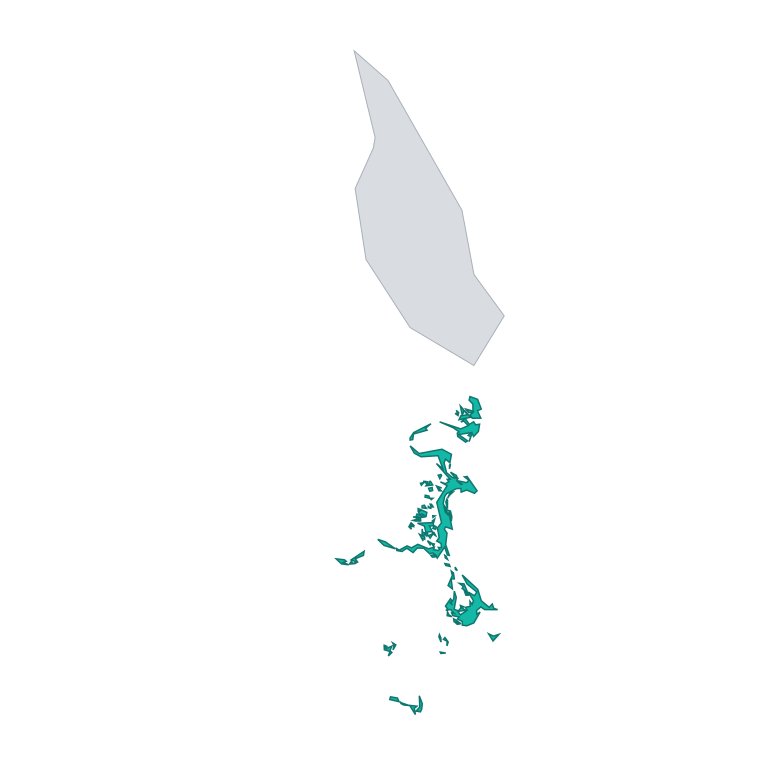 Rock Islands, Palau shown in context, rotated 321°
{"feature_id": "81905179B25065420091435", "entity_name": "Rock Islands", "entity_type": "district", "adm_level": 2, "iso_a3": "PLW", "parent_name": "Palau", "parent_adm1": "", "projection": "albers", "projection_center": [134.386, 7.235], "detail": "fine", "context": "in_parent", "style": "filled", "palette": "teal", "viewbox_px": 768, "rotation_deg": 321, "n_neighbors": 0, "source": "geoboundaries", "source_scale": "gbopen_adm2", "svg_char_len": 6426}
<svg xmlns="http://www.w3.org/2000/svg" viewBox="0 0 768 768"><g transform="rotate(321 384 384)"><path d="M520.3,406.7L465.5,426.2L439.8,356.6L448.4,275.9L484.6,213.9L524.1,194.0L532.2,186.9L570.5,106.3L578.1,150.7L553.9,298.1L522.8,355.5L520.3,406.7Z" fill="#d9dde1" stroke="#a8b0b8" stroke-width="1"/><path d="M380.9,473.7L376.4,487.0L374.7,478.8L375.4,499.7L373.1,497.9L373.0,500.7L368.9,500.1L366.2,495.5L369.1,502.7L350.5,509.2L341.4,528.0L334.9,529.5L330.2,538.1L326.1,539.2L328.0,543.8L325.6,547.4L323.4,545.2L323.1,547.5L321.4,547.5L318.3,543.9L320.4,542.5L314.9,540.0L309.4,529.9L302.2,528.6L300.0,524.3L291.3,522.7L290.2,519.7L289.2,521.5L292.6,525.5L298.4,526.0L300.5,533.3L306.6,532.4L311.5,536.6L312.7,544.9L315.5,545.8L316.6,549.7L315.8,552.8L328.5,548.9L325.6,556.8L326.9,558.3L330.9,547.6L339.2,539.5L339.5,534.8L342.0,533.8L345.7,539.8L352.8,526.0L351.4,526.3L351.0,522.2L353.7,516.4L351.7,525.1L353.8,525.1L349.9,533.0L353.1,530.0L355.7,524.5L353.9,521.8L354.5,514.4L360.4,509.6L363.8,508.6L374.5,510.9L378.0,513.5L375.9,516.6L381.6,518.5L385.5,525.9L389.1,525.6L390.4,508.2L388.1,506.8L389.3,512.2L386.2,512.7L380.5,505.7L381.6,511.0L380.6,510.7L379.7,504.8L382.0,503.9L378.4,499.9L376.8,492.4L381.0,483.1L384.5,481.1L385.7,486.6L392.2,481.1L388.0,471.2L367.5,460.1L365.4,448.6L364.0,456.8L367.0,463.9L380.9,473.7ZM295.8,612.3L293.2,612.9L295.4,617.7L293.1,620.7L296.2,624.0L303.4,626.2L315.2,621.7L311.2,621.3L313.4,618.3L319.0,618.2L320.2,622.6L330.3,630.9L328.1,627.4L329.7,623.1L325.2,623.7L323.2,613.7L327.6,602.7L324.6,581.6L322.7,591.8L325.2,604.1L321.0,605.4L318.6,598.8L317.1,608.8L313.7,610.7L314.0,607.1L311.0,611.0L306.7,608.8L306.2,612.2L298.1,611.5L298.2,607.2L304.9,611.1L303.4,606.3L299.0,607.1L296.8,603.2L305.9,595.3L308.3,589.2L303.0,594.9L298.0,596.6L298.3,599.0L297.5,595.7L300.4,594.9L300.5,592.7L292.0,595.3L291.8,599.2L289.6,598.8L293.8,601.1L294.3,606.6L292.6,604.3L291.7,607.4L295.8,612.3ZM410.2,470.2L420.7,476.4L417.0,477.0L418.4,479.2L413.9,482.4L421.5,477.6L420.6,481.2L427.5,480.3L433.0,475.4L429.5,473.3L429.9,469.8L424.9,469.1L425.3,461.9L419.8,461.9L422.6,462.9L423.3,469.4L415.4,467.2L403.4,448.4L410.2,461.4L412.3,468.5L410.0,468.3L408.3,471.2L410.8,480.5L413.2,480.8L410.2,470.2ZM440.0,450.1L440.4,455.6L436.1,461.1L431.8,455.0L431.9,459.6L435.4,462.1L431.5,462.2L431.0,466.1L437.7,471.5L439.8,463.6L443.8,464.7L447.1,454.8L442.9,447.9L440.0,450.1ZM323.3,525.5L328.6,529.0L330.0,522.9L333.2,525.4L335.0,522.7L322.4,513.3L326.0,519.8L323.3,525.5ZM388.4,447.0L388.4,444.5L395.5,444.5L376.5,440.4L370.2,442.4L369.0,444.0L371.4,445.3L375.4,441.4L388.4,447.0ZM251.4,505.7L251.8,501.7L260.1,504.3L263.3,501.5L247.7,500.0L251.0,505.4L246.7,503.9L247.2,501.3L243.8,502.2L248.4,505.3L251.4,505.7ZM332.2,502.3L330.7,504.1L333.4,505.5L330.2,505.2L329.4,508.6L331.3,508.4L332.3,510.0L332.6,512.8L333.4,513.4L336.5,510.7L332.2,502.3ZM289.1,519.2L285.7,507.5L281.4,500.8L282.4,509.4L289.1,519.2ZM242.8,502.3L240.0,497.0L243.1,498.1L242.6,495.7L236.8,489.8L237.8,497.1L242.8,502.3ZM430.3,464.3L430.0,454.7L429.3,460.3L423.7,457.1L419.8,459.0L430.3,464.3ZM308.2,586.3L313.5,577.8L316.0,579.7L319.1,574.5L318.5,571.8L316.6,575.8L307.0,580.9L308.2,586.3ZM307.0,652.3L315.8,650.9L310.4,648.8L308.1,644.0L307.0,652.3ZM208.6,657.5L203.1,658.4L206.0,661.7L208.9,660.2L212.6,656.5L215.2,648.5L208.6,657.5ZM326.2,513.9L328.2,510.7L332.1,513.0L332.2,510.0L330.0,510.4L327.9,505.8L325.7,507.0L327.7,510.1L323.0,505.5L325.5,509.4L326.7,512.2L326.2,513.9ZM195.8,640.4L196.8,636.5L192.2,631.2L189.9,632.8L195.8,640.4ZM321.6,529.2L323.8,527.7L320.7,523.5L322.5,520.6L318.4,525.6L320.9,527.2L321.3,525.0L321.6,529.2ZM220.1,595.3L225.2,592.6L219.2,591.1L219.1,588.5L221.4,590.4L219.8,587.2L217.0,590.7L220.1,595.3ZM317.9,598.3L320.4,589.7L317.1,586.4L318.3,591.2L316.0,592.1L317.9,598.3ZM315.6,530.8L316.3,527.5L317.9,530.3L319.4,528.5L317.0,523.2L315.6,530.8ZM313.9,514.1L314.9,511.3L316.8,513.0L316.0,509.6L318.4,513.5L317.7,508.9L313.5,510.6L313.9,514.1ZM361.3,503.1L360.8,498.4L363.4,501.1L360.6,496.3L359.5,501.5L361.3,503.1ZM200.4,660.7L203.4,655.1L206.8,655.1L201.7,649.9L200.4,660.7ZM268.1,627.2L271.5,624.9L271.8,619.4L269.5,619.8L271.1,623.6L268.1,627.2ZM380.2,494.4L380.3,501.2L382.1,502.3L382.7,500.7L380.2,494.4ZM354.0,490.5L356.4,487.4L353.3,484.2L354.6,488.7L352.4,489.5L354.0,490.5ZM338.7,507.4L339.1,503.6L337.1,502.6L335.6,504.2L338.7,507.4ZM358.3,493.1L358.9,488.9L358.0,488.4L355.1,491.2L358.3,493.1ZM332.6,529.4L334.7,527.8L334.0,525.9L331.1,526.9L332.6,529.4ZM354.9,520.8L360.3,514.2L360.4,513.0L357.7,514.7L354.9,520.8ZM201.3,649.8L196.8,642.6L196.5,641.0L196.1,643.1L197.4,646.0L201.3,649.8ZM385.4,487.9L383.6,488.5L381.5,491.2L385.4,487.9ZM325.5,513.0L325.4,510.3L320.7,508.2L322.0,510.1L325.5,513.0ZM322.8,532.8L327.5,531.4L323.1,529.6L322.8,532.8ZM314.7,599.7L317.3,601.6L315.9,596.3L314.7,599.7ZM425.4,457.0L428.1,456.2L429.7,453.4L429.5,449.2L425.4,457.0ZM361.5,512.8L364.7,511.7L369.5,511.4L366.8,510.1L361.5,512.8ZM290.3,607.5L289.2,604.2L290.0,601.0L287.3,603.8L290.3,607.5ZM354.7,497.4L356.3,494.7L353.0,493.1L352.1,496.2L354.7,497.4ZM318.3,561.9L317.8,563.9L320.5,567.3L321.2,565.2L318.3,561.9ZM347.5,501.5L348.4,499.4L346.1,496.4L344.7,497.7L347.5,501.5ZM335.8,522.6L338.4,520.8L335.3,520.9L335.8,522.6ZM421.7,455.1L424.1,453.2L423.6,450.1L422.4,453.5L420.7,451.6L421.7,455.1ZM328.7,534.4L329.4,530.9L328.6,529.8L327.4,530.5L328.7,534.4ZM315.4,550.8L315.1,547.9L312.6,546.8L312.6,549.0L315.4,550.8ZM258.6,629.2L262.7,631.9L259.0,627.7L258.6,629.2ZM318.7,537.9L320.5,536.7L319.1,533.1L318.7,537.9ZM367.8,492.7L371.2,491.3L371.3,490.1L368.7,489.0L367.8,492.7ZM223.7,596.3L229.0,594.2L227.8,590.7L227.3,593.4L223.7,596.3ZM292.2,616.0L291.3,612.5L290.3,610.3L288.9,612.9L292.2,616.0ZM344.9,510.5L345.2,507.3L344.2,506.4L343.3,509.3L344.9,510.5ZM289.7,616.9L293.0,618.7L289.3,614.3L289.7,616.9ZM265.9,620.5L268.5,617.0L269.4,613.6L267.6,614.9L265.9,620.5ZM216.2,598.1L221.2,597.6L220.7,595.4L216.2,598.1ZM320.4,541.2L322.4,540.0L320.6,537.7L320.4,541.2ZM303.4,605.4L306.1,607.9L304.0,604.2L303.4,605.4ZM323.0,560.3L323.8,557.1L323.4,555.4L322.2,557.8L323.0,560.3ZM349.3,486.2L352.9,485.7L349.9,484.1L349.3,486.2ZM347.9,503.6L350.0,503.6L347.8,501.6L347.9,503.6ZM322.8,573.1L323.6,575.1L324.1,571.0L322.8,573.1ZM340.7,507.9L342.4,510.7L341.4,507.1L340.7,507.9ZM338.1,518.4L340.6,518.6L339.0,517.1L338.1,518.4Z" fill="#14b8a6" stroke="#0f766e" stroke-width="1.5"/></g></svg>